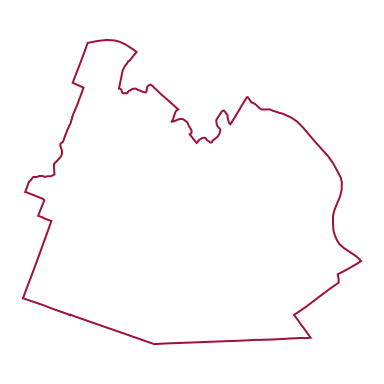 Radovanu, Calarasi, Romania
{"feature_id": "2599482B28336823997090", "entity_name": "Radovanu", "entity_type": "district", "adm_level": 2, "iso_a3": "ROU", "parent_name": "Romania", "parent_adm1": "Calarasi", "projection": "mercator", "projection_center": [26.509, 44.188], "detail": "fine", "context": "isolated", "style": "outline", "palette": "rose", "viewbox_px": 384, "rotation_deg": 0, "n_neighbors": 0, "source": "geoboundaries", "source_scale": "gbopen_adm2", "svg_char_len": 5547}
<svg xmlns="http://www.w3.org/2000/svg" viewBox="0 0 384 384"><path d="M128.0,334.9L132.9,336.7L142.4,339.9L143.0,340.1L143.5,340.4L153.6,343.9L154.2,344.1L156.3,344.0L164.5,343.5L189.5,342.6L225.2,341.2L235.7,340.9L243.6,340.5L246.8,340.4L254.7,339.9L257.0,339.9L259.7,339.9L262.0,339.8L263.9,339.7L269.7,339.6L274.8,339.4L277.6,339.2L281.7,339.0L284.3,338.9L288.2,338.6L291.8,338.4L294.9,338.3L297.1,338.2L299.9,338.0L301.9,337.9L303.1,338.0L304.2,338.1L308.1,338.0L309.4,337.8L310.6,337.7L303.7,328.1L300.7,324.0L297.8,319.9L294.2,315.1L294.1,314.9L294.8,314.4L301.8,309.7L305.9,306.9L310.0,303.8L316.9,298.5L323.0,293.9L329.2,289.3L331.4,287.7L334.3,285.7L336.1,284.4L338.6,282.7L338.6,280.0L338.7,279.3L338.0,276.1L338.0,275.6L337.7,274.3L344.2,271.0L354.5,265.2L356.6,264.0L361.0,261.1L360.3,260.2L358.9,258.6L356.3,256.4L356.0,256.2L354.2,254.9L352.5,253.8L351.6,253.1L346.7,249.9L345.2,248.9L343.6,247.8L339.5,244.2L337.0,240.3L334.9,235.5L333.5,230.8L333.0,223.8L333.0,215.9L334.3,210.3L340.2,196.1L341.6,189.9L341.9,182.7L340.7,177.4L337.4,171.2L333.5,164.0L327.8,155.8L321.6,149.0L312.8,139.1L302.8,127.3L297.2,121.6L293.9,119.4L290.5,117.2L282.9,113.8L280.8,113.2L279.2,112.8L275.3,111.5L273.5,111.0L271.1,110.0L269.5,109.3L267.9,109.4L265.2,109.5L262.0,109.5L260.2,108.7L258.4,107.1L256.6,105.4L255.2,104.1L254.4,103.6L253.4,103.2L252.4,102.6L252.0,102.5L251.6,102.6L248.8,98.6L248.3,97.8L247.9,97.4L247.7,97.1L247.3,97.1L247.1,97.2L246.6,97.8L246.3,98.1L242.4,104.5L241.7,105.7L240.3,108.1L239.8,108.9L234.8,117.3L232.4,121.0L231.3,122.7L230.7,123.8L230.4,124.2L230.2,124.0L229.7,123.7L229.4,123.3L229.1,122.9L228.9,122.4L228.1,119.5L228.0,119.0L227.7,118.2L227.6,117.9L227.6,117.2L227.7,116.1L227.5,115.5L227.5,115.2L227.3,114.9L227.0,114.5L225.9,113.1L225.1,111.9L224.7,111.3L224.1,110.8L224.0,110.6L223.7,110.5L222.5,110.9L222.1,111.1L221.9,111.4L221.6,111.9L220.6,113.2L220.1,114.1L218.7,116.3L217.3,118.3L216.5,119.6L216.3,120.3L216.3,121.3L216.6,123.1L216.8,125.0L218.1,127.0L219.1,128.0L219.8,128.6L220.3,129.7L220.3,130.8L220.2,131.4L219.9,132.2L219.7,133.0L219.3,133.8L218.1,136.1L217.5,136.7L216.9,137.2L216.1,138.0L215.7,138.2L215.2,138.7L214.8,139.0L214.0,139.6L213.6,139.8L213.0,140.3L212.8,140.4L212.5,140.8L212.4,141.1L212.3,141.5L212.2,141.8L211.9,142.2L211.6,142.3L211.1,142.5L210.5,142.6L210.3,142.6L209.9,142.3L209.2,141.6L208.8,141.3L207.0,140.2L206.1,138.6L205.8,138.3L205.6,138.1L204.9,137.9L204.4,137.8L203.5,137.8L202.6,138.0L202.0,138.2L201.2,138.6L200.3,139.2L199.6,139.7L198.9,140.4L198.4,140.7L198.2,141.1L197.9,141.7L197.1,142.6L196.6,143.0L189.7,134.3L191.4,133.3L191.5,132.1L191.6,130.7L191.3,130.0L190.7,128.9L189.7,127.3L188.8,126.0L188.1,123.9L187.6,122.9L186.4,121.5L185.2,120.7L183.5,119.4L181.8,118.9L180.0,119.0L177.9,119.6L174.3,121.1L173.3,121.5L172.0,121.8L171.7,121.5L172.0,121.2L172.5,120.4L172.9,119.4L173.1,119.0L173.7,116.9L175.0,113.2L175.4,112.3L175.7,111.5L176.0,111.0L176.2,110.8L176.8,110.4L177.3,110.1L178.0,109.6L178.3,109.4L178.2,109.3L177.5,108.8L176.3,107.7L172.4,104.1L171.6,103.5L171.4,103.3L170.4,102.4L166.1,98.5L161.3,94.5L159.3,92.5L155.4,88.8L153.6,87.3L153.1,86.3L152.6,85.9L151.7,85.3L150.7,84.6L149.9,84.8L147.7,86.1L147.0,87.8L146.9,89.1L146.7,90.6L146.0,92.4L144.8,92.3L143.3,91.9L142.1,91.6L140.1,90.7L139.3,90.2L138.9,90.2L138.1,90.1L137.6,89.9L137.4,89.7L137.0,89.3L136.5,88.9L135.7,88.6L134.9,88.6L134.1,88.7L132.6,88.9L131.4,89.5L130.1,90.4L128.7,91.1L128.1,91.6L127.6,92.9L127.2,93.1L126.5,93.2L125.0,93.2L123.8,93.3L122.8,93.1L122.4,92.8L122.0,92.1L121.7,90.8L121.4,89.9L120.8,89.2L120.0,88.7L119.0,88.6L119.1,87.9L119.6,85.5L120.9,79.1L121.2,77.6L121.9,74.0L122.0,73.2L122.2,72.4L122.5,71.4L122.7,70.7L122.8,70.1L123.0,69.7L123.9,67.9L124.3,67.2L124.6,66.6L125.0,65.9L125.3,65.6L126.9,63.7L127.0,63.5L127.4,62.8L128.1,61.5L128.4,61.1L128.6,61.1L129.1,61.0L129.7,60.5L131.0,58.9L131.8,57.8L132.0,57.5L136.6,52.0L133.1,49.4L125.7,44.6L120.0,41.9L114.9,40.5L111.1,40.2L107.2,39.9L98.2,40.9L90.6,42.3L87.6,43.0L86.3,46.8L85.2,49.9L84.7,51.3L82.7,56.6L81.8,59.1L81.3,60.4L79.6,64.9L78.2,68.6L76.7,72.2L75.5,75.5L73.6,80.2L73.3,81.2L72.8,82.6L72.7,82.8L83.5,87.6L82.7,90.2L82.3,91.2L81.5,93.3L79.2,99.4L77.3,104.6L77.0,105.3L74.6,111.1L73.7,113.1L73.4,113.8L73.1,114.6L72.8,115.4L72.5,116.4L72.1,117.4L72.1,118.1L71.9,119.1L71.6,119.6L71.4,120.0L71.2,120.9L71.0,121.8L70.9,122.2L70.4,123.5L70.1,124.3L69.9,124.7L69.7,124.9L69.4,125.3L68.8,127.0L68.2,128.3L67.7,129.2L67.1,130.7L65.7,134.3L65.0,136.0L64.7,136.6L64.7,137.1L63.6,140.2L63.2,141.3L63.0,141.7L62.5,142.2L61.6,142.8L60.7,143.5L60.5,143.9L60.4,144.6L60.4,145.1L60.4,145.8L60.8,147.3L62.0,150.7L62.0,153.5L61.2,156.0L60.1,157.5L57.3,160.6L55.1,162.8L54.0,164.0L54.0,164.9L54.0,166.2L53.9,167.5L54.2,169.3L54.3,172.2L54.5,174.4L53.3,175.1L51.2,176.1L50.1,176.3L48.7,176.2L46.5,176.4L45.9,176.6L45.1,176.8L44.1,176.7L42.6,175.9L38.8,176.1L37.7,176.8L36.2,177.0L34.1,177.0L33.6,177.0L33.0,177.3L32.4,177.9L31.2,179.5L30.4,180.6L29.3,181.5L29.0,181.6L25.2,192.0L26.7,192.4L28.9,193.3L36.8,196.4L41.2,198.1L43.4,199.2L43.8,199.5L44.0,199.8L44.3,200.3L38.1,215.8L43.4,217.7L43.5,218.1L51.4,221.1L43.8,242.1L36.4,262.5L33.6,270.0L31.2,276.4L30.4,278.6L28.1,284.6L26.2,289.6L23.6,296.6L23.0,298.3L25.1,299.0L39.8,304.0L43.2,305.1L51.8,308.5L60.3,311.5L62.3,312.2L68.0,314.2L69.6,315.0L70.1,315.2L70.4,314.6L73.3,315.8L74.6,316.4L77.8,317.4L80.2,318.3L92.2,322.5L93.3,322.8L100.5,325.4L111.2,329.1L120.5,332.3L122.8,333.1L124.1,333.5L127.1,334.6L128.0,334.9Z" fill="none" stroke="#9f1239" stroke-width="2"/></svg>